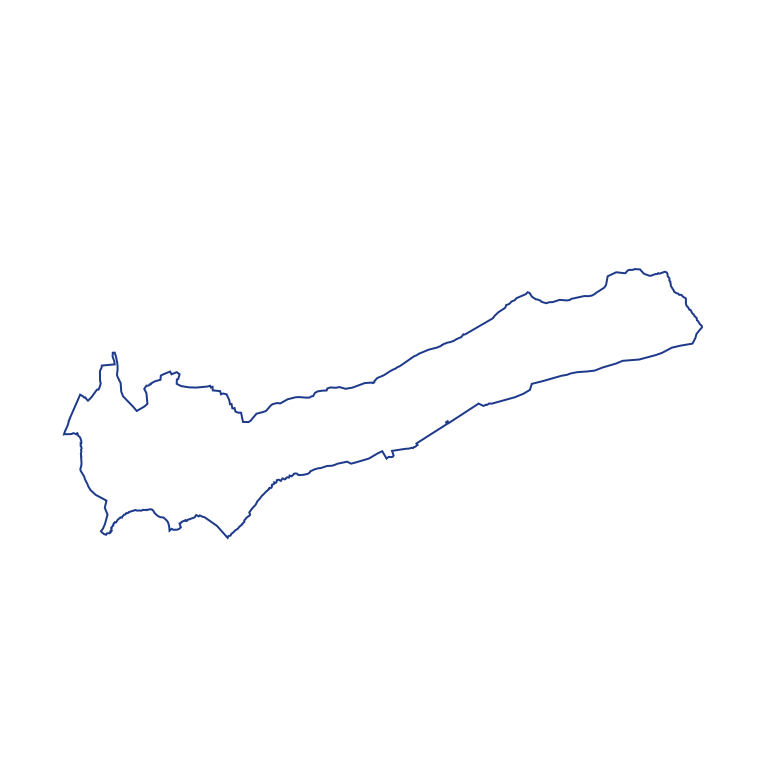 Vistea, Brasov, Romania (Mercator projection), rotated 254°
{"feature_id": "2599482B58575749850312", "entity_name": "Vistea", "entity_type": "district", "adm_level": 2, "iso_a3": "ROU", "parent_name": "Romania", "parent_adm1": "Brasov", "projection": "mercator", "projection_center": [24.745, 45.724], "detail": "fine", "context": "isolated", "style": "outline", "palette": "blue", "viewbox_px": 768, "rotation_deg": 254, "n_neighbors": 0, "source": "geoboundaries", "source_scale": "gbopen_adm2", "svg_char_len": 6070}
<svg xmlns="http://www.w3.org/2000/svg" viewBox="0 0 768 768"><g transform="rotate(254 384 384)"><path d="M350.7,705.2L352.3,705.5L354.6,704.1L357.7,703.3L359.0,702.4L361.3,702.7L362.3,702.0L363.0,701.8L363.7,701.1L364.9,701.1L367.1,699.8L370.7,699.1L371.3,698.0L373.8,697.5L375.6,696.4L378.4,696.4L382.4,697.7L383.4,697.5L385.6,695.4L387.5,694.6L388.2,693.2L388.3,692.4L389.7,691.7L391.2,689.6L392.8,688.3L393.5,688.4L399.2,686.8L401.5,687.2L402.6,687.1L403.2,687.5L405.0,686.8L406.6,687.5L407.5,687.3L409.3,686.4L411.7,686.8L413.1,686.6L414.1,685.6L414.5,684.7L414.1,679.2L415.0,678.1L414.4,676.7L414.8,675.6L414.8,674.2L414.5,671.2L414.8,669.1L418.3,664.3L423.7,661.6L424.7,658.3L425.4,657.0L425.1,654.9L426.0,651.5L426.1,650.2L425.0,648.0L424.1,646.9L424.1,646.0L427.4,638.0L425.9,628.7L417.9,624.7L415.9,622.2L413.0,612.5L412.5,611.7L411.7,608.3L412.0,605.0L413.3,601.0L413.5,598.6L414.2,587.5L413.5,585.6L414.0,582.6L416.5,576.0L416.2,568.9L417.0,565.6L417.0,562.0L419.7,557.9L420.9,557.5L423.0,554.7L423.5,553.4L427.0,550.3L431.4,549.0L432.6,547.3L431.3,545.1L430.0,535.1L428.5,532.7L428.1,529.2L426.5,526.7L426.1,523.7L426.3,523.3L423.9,521.6L421.4,513.6L419.1,509.3L417.1,506.5L409.4,475.9L409.4,474.7L409.9,474.0L407.8,471.3L407.1,465.9L406.3,463.3L406.0,459.7L406.3,455.9L406.0,454.0L406.1,452.8L405.6,451.4L405.6,450.4L405.3,450.2L404.7,448.4L404.7,446.8L404.4,445.9L404.7,436.5L403.4,425.4L402.6,423.3L402.4,420.7L396.8,404.2L396.3,401.0L395.5,398.7L395.4,396.9L394.5,393.0L392.4,386.0L391.6,379.2L389.3,375.4L388.2,375.1L388.0,373.2L388.7,372.8L390.2,365.7L389.2,352.6L390.0,345.7L393.2,340.6L393.7,336.6L395.5,331.4L395.3,328.3L393.6,327.1L394.7,322.3L395.2,318.0L394.4,315.1L391.9,312.5L392.1,310.8L391.5,308.7L392.3,305.5L394.9,298.6L395.6,295.3L395.9,287.3L394.0,279.3L394.0,278.6L395.2,276.0L395.3,271.4L394.7,269.5L390.6,263.1L390.4,259.8L390.6,253.2L385.3,245.4L384.8,243.1L386.4,238.0L395.7,238.7L396.1,238.0L396.4,236.4L398.4,233.6L402.1,233.7L402.0,232.2L402.4,231.5L406.8,231.9L407.0,230.4L411.3,230.8L417.5,229.8L419.2,226.7L419.0,224.5L422.3,224.5L425.1,217.6L428.5,218.4L428.4,216.6L430.2,216.4L430.2,213.8L432.3,202.6L434.5,195.7L438.0,188.3L441.3,184.8L445.4,186.1L445.6,187.6L449.7,190.2L452.5,188.0L451.9,182.4L454.9,181.8L454.1,174.2L453.6,171.8L449.7,170.3L449.7,164.4L448.6,159.5L448.0,159.6L447.4,156.6L447.9,155.1L445.4,152.2L440.6,153.1L430.1,151.1L428.5,147.8L426.2,138.9L431.7,136.4L444.0,129.8L449.1,129.3L457.4,131.1L464.1,129.9L466.4,129.8L471.1,131.8L474.5,132.8L477.8,133.4L483.8,133.9L488.4,133.8L488.8,131.9L485.3,130.7L480.1,131.0L477.1,130.5L479.5,117.8L477.7,117.1L474.7,114.5L465.6,112.0L462.5,111.8L458.8,109.4L457.3,108.0L457.7,107.4L457.6,106.4L452.1,99.4L449.6,95.0L449.6,94.7L453.6,93.0L453.6,92.1L455.4,91.0L457.5,89.0L437.8,72.7L437.2,72.6L436.8,71.9L435.8,71.3L435.1,70.5L434.3,70.4L431.0,68.2L426.6,64.4L423.8,62.5L423.7,64.0L423.3,64.7L422.1,69.5L422.1,70.4L422.4,71.0L422.1,72.4L420.4,74.5L421.2,75.2L421.2,75.7L420.5,75.8L420.0,75.3L419.7,75.7L418.2,76.0L417.2,76.8L415.9,77.2L412.5,77.3L411.2,77.0L410.6,76.6L410.7,76.2L409.9,76.3L409.5,75.7L407.8,75.3L407.2,75.7L405.5,75.6L404.0,74.5L402.3,74.5L400.7,73.4L397.5,73.0L397.2,72.9L397.3,72.7L391.2,71.4L388.9,70.5L385.8,68.6L384.1,68.5L377.6,70.3L374.7,70.3L369.2,71.4L367.7,71.4L363.0,72.6L357.0,76.2L348.4,85.1L342.0,81.5L334.6,82.2L326.5,77.3L322.4,74.0L320.5,71.3L318.5,72.3L316.5,73.9L316.3,74.6L315.7,75.3L316.7,76.4L316.4,78.6L316.2,78.9L316.3,79.7L317.0,80.6L317.8,80.3L317.9,80.8L317.5,81.2L318.1,81.9L318.9,81.6L320.0,82.3L320.6,82.0L321.1,82.2L322.4,84.5L323.0,84.5L323.3,85.1L324.7,85.9L324.7,86.8L325.3,87.2L324.9,88.4L326.7,90.3L327.8,92.5L327.9,93.3L328.4,93.7L328.3,94.5L327.8,95.2L328.6,95.9L329.7,97.6L330.1,98.3L329.9,99.5L330.9,100.6L330.5,102.1L330.7,102.8L331.2,103.2L331.1,104.5L331.4,106.5L331.2,108.8L331.4,109.3L331.3,110.6L330.4,111.6L330.0,112.9L329.9,114.0L329.1,115.7L329.5,117.5L329.1,118.2L328.5,121.0L328.2,121.2L328.4,121.7L328.1,122.2L328.2,123.4L328.0,125.0L327.2,126.4L326.1,127.2L323.2,127.9L319.7,130.0L317.7,132.2L316.4,135.3L312.9,137.4L310.9,138.2L309.0,138.3L306.1,138.2L302.1,137.4L303.3,140.0L301.9,141.4L301.0,144.8L301.1,146.9L302.2,149.2L306.3,149.0L306.7,151.1L307.2,151.4L307.7,154.7L307.4,154.9L307.8,155.7L306.8,156.2L306.9,157.1L307.5,157.6L308.0,165.2L309.8,167.4L307.8,169.4L308.4,170.7L306.1,173.4L305.4,174.8L293.7,184.3L279.2,191.3L280.7,192.5L280.6,194.7L282.1,196.1L282.9,198.3L284.3,200.6L285.2,203.7L286.7,205.6L286.9,206.5L287.5,207.2L288.0,209.0L288.8,209.3L289.9,211.7L291.4,212.1L292.2,213.6L293.0,214.3L294.2,217.1L294.3,218.0L295.0,218.9L295.5,219.3L297.7,219.1L300.9,223.2L303.2,227.2L306.4,230.2L307.6,232.3L310.6,236.4L310.7,237.0L313.1,241.1L313.5,242.2L314.2,243.3L314.4,244.3L315.3,244.5L315.7,245.4L315.3,246.1L315.3,247.2L316.6,248.2L317.3,248.1L318.1,248.7L318.1,250.4L318.4,250.9L319.7,251.4L318.9,252.2L318.8,252.7L319.5,253.8L321.1,254.4L321.0,256.5L319.3,258.1L321.2,260.3L321.0,260.9L319.8,262.0L319.7,263.0L320.6,263.9L321.0,265.2L320.4,266.2L320.3,267.0L322.0,268.0L320.8,269.7L321.2,270.0L321.2,270.8L321.8,272.0L322.5,272.5L322.4,273.4L322.5,274.2L321.6,275.9L320.7,276.1L319.8,277.3L318.9,281.8L318.6,285.8L319.5,288.4L320.4,289.1L321.1,294.0L321.1,297.8L320.6,299.8L320.9,306.6L319.8,311.2L319.8,314.2L320.2,317.2L319.5,327.1L316.5,330.4L316.4,335.1L316.5,348.9L319.1,359.0L319.9,363.8L311.6,365.9L312.3,367.4L312.6,368.6L311.7,370.9L311.6,372.3L312.5,373.5L317.5,373.3L315.8,386.6L315.0,390.4L315.1,392.8L314.4,394.2L315.0,395.0L315.0,396.3L315.3,397.5L315.9,398.2L316.1,399.4L317.9,398.8L328.2,433.5L330.1,433.1L330.7,434.9L328.6,435.4L339.1,469.6L335.5,473.5L336.0,476.4L335.5,476.8L335.8,478.4L336.3,479.6L335.4,482.1L335.2,506.2L336.2,515.3L338.1,522.6L343.4,526.1L343.0,538.0L343.0,556.9L342.4,562.3L342.7,566.4L342.1,573.1L340.0,583.0L338.8,590.2L339.6,598.7L339.7,612.7L340.5,619.8L337.2,636.0L336.9,653.6L337.3,659.9L339.6,670.8L339.1,679.9L337.8,691.6L342.5,696.1L345.9,698.1L349.3,702.9L350.7,705.2Z" fill="none" stroke="#1e3a8a" stroke-width="2"/></g></svg>